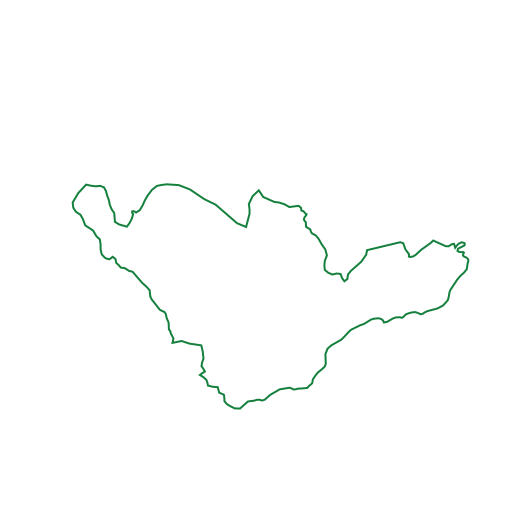 the Province of Vientiane, rotated 217°
{"feature_id": "LAO-3284", "entity_name": "Vientiane", "entity_type": "Province", "adm_level": 1, "iso_a3": "LAO", "parent_name": "Laos", "parent_adm1": "", "projection": "natural_earth1", "projection_center": [102.396, 18.611], "detail": "fine", "context": "isolated", "style": "outline", "palette": "green", "viewbox_px": 512, "rotation_deg": 217, "n_neighbors": 0, "source": "natural_earth", "source_scale": "10m", "svg_char_len": 3227}
<svg xmlns="http://www.w3.org/2000/svg" viewBox="0 0 512 512"><g transform="rotate(217 256 256)"><path d="M170.9,327.4L149.1,353.8L146.1,354.8L140.6,351.2L134.9,349.5L133.6,347.6L132.7,347.6L130.3,350.1L129.1,353.2L127.8,360.5L124.3,371.6L123.8,375.0L110.4,378.0L108.0,379.7L106.8,383.0L105.2,384.9L101.9,382.5L101.9,385.1L101.6,387.3L100.9,389.2L100.0,390.7L97.3,391.8L97.2,391.7L96.0,390.6L96.0,389.6L98.6,384.4L99.0,383.1L98.1,381.3L96.1,381.6L94.1,382.8L93.0,383.8L92.0,383.8L91.3,381.2L90.1,380.7L86.6,381.4L84.4,381.0L83.4,379.7L82.8,378.0L79.7,372.2L79.9,367.8L80.8,363.1L81.1,358.0L80.3,345.8L79.7,343.7L77.0,338.3L76.2,336.0L76.8,329.1L79.4,323.5L86.1,314.9L87.4,312.3L88.1,310.1L89.5,308.5L92.6,307.9L95.1,307.0L97.6,304.7L99.7,302.0L101.1,299.7L101.4,298.1L101.6,296.2L102.1,294.6L104.3,293.6L107.4,291.1L109.1,288.4L111.7,282.2L113.9,279.9L115.5,280.9L117.3,281.1L119.1,280.7L120.8,279.9L124.0,277.0L124.3,276.5L125.8,274.6L128.9,266.6L131.2,263.3L135.7,254.3L136.3,251.0L137.0,243.9L137.6,240.3L142.0,230.2L143.1,225.1L141.5,219.4L135.5,212.0L134.6,209.4L135.0,206.2L136.5,199.9L136.6,195.9L136.4,192.4L136.0,190.9L135.2,189.6L134.6,188.1L134.9,186.3L135.4,184.3L135.7,181.4L139.8,177.7L142.8,175.2L144.1,173.4L145.5,172.1L149.7,171.2L156.8,163.8L161.1,153.7L162.5,146.6L164.1,144.3L166.9,143.2L168.9,141.5L170.5,139.2L172.8,137.1L174.9,134.9L177.0,124.5L181.3,121.5L186.6,120.5L190.4,120.2L194.0,121.2L196.0,123.8L198.2,125.9L203.1,124.7L207.6,128.2L212.3,125.3L216.4,123.6L218.5,125.5L221.0,127.2L225.0,127.6L229.2,127.2L228.4,130.2L227.3,132.9L230.3,134.3L233.2,135.2L235.0,138.6L236.2,142.5L240.9,147.5L245.9,151.7L256.4,146.0L264.3,143.3L270.4,136.4L272.3,140.4L277.3,142.9L279.5,144.4L279.5,144.5L281.3,144.9L285.8,150.3L289.9,152.6L293.3,155.5L295.6,156.2L297.8,155.6L300.6,155.2L312.9,158.5L315.9,159.9L320.3,164.6L325.3,165.6L330.6,166.0L344.9,169.1L346.7,168.5L348.2,167.7L353.2,167.4L357.1,165.4L360.3,166.1L363.5,166.4L366.4,169.0L370.0,169.1L371.0,165.3L373.3,164.1L375.7,163.7L380.2,164.5L383.9,167.6L387.2,171.8L390.7,175.3L395.2,175.7L401.5,178.3L410.8,177.7L416.5,181.3L421.0,183.3L426.4,182.9L431.0,184.6L434.6,188.4L435.8,199.4L434.6,210.8L430.1,212.8L425.8,215.3L422.7,218.2L418.7,219.3L414.9,217.6L411.4,214.8L407.3,212.2L403.6,208.9L399.5,206.5L395.1,205.0L389.2,198.4L384.4,198.8L376.8,201.7L376.8,206.0L377.6,211.0L379.4,215.6L381.0,216.0L381.7,217.3L380.1,218.4L377.9,218.6L376.4,222.6L377.0,228.1L378.2,233.4L378.9,239.1L378.9,246.2L377.3,252.4L374.0,256.1L370.2,259.7L360.2,266.2L348.8,269.4L331.4,270.3L319.2,272.7L290.9,270.8L281.4,273.2L286.6,285.9L289.6,289.8L293.0,293.2L294.7,301.7L293.3,310.1L285.7,307.5L273.9,310.2L269.9,312.5L264.6,314.4L258.8,315.2L252.2,321.7L249.1,321.6L247.1,319.6L245.0,320.3L241.1,319.5L240.7,319.7L240.5,319.0L240.5,316.0L239.8,314.0L238.2,313.3L236.6,313.0L235.9,312.2L233.5,309.4L228.7,309.9L226.8,308.5L224.9,307.7L220.7,308.4L216.6,307.5L210.7,304.9L204.5,302.9L199.7,299.1L198.1,293.5L195.7,289.6L192.7,286.3L188.2,286.1L183.8,287.2L181.0,290.6L177.7,292.5L173.8,290.1L170.2,289.0L169.2,292.6L171.4,296.5L171.3,301.0L168.5,314.7L168.8,323.3L169.6,324.9L170.2,326.5L170.9,327.3L170.9,327.4Z" fill="none" stroke="#15803d" stroke-width="2"/></g></svg>